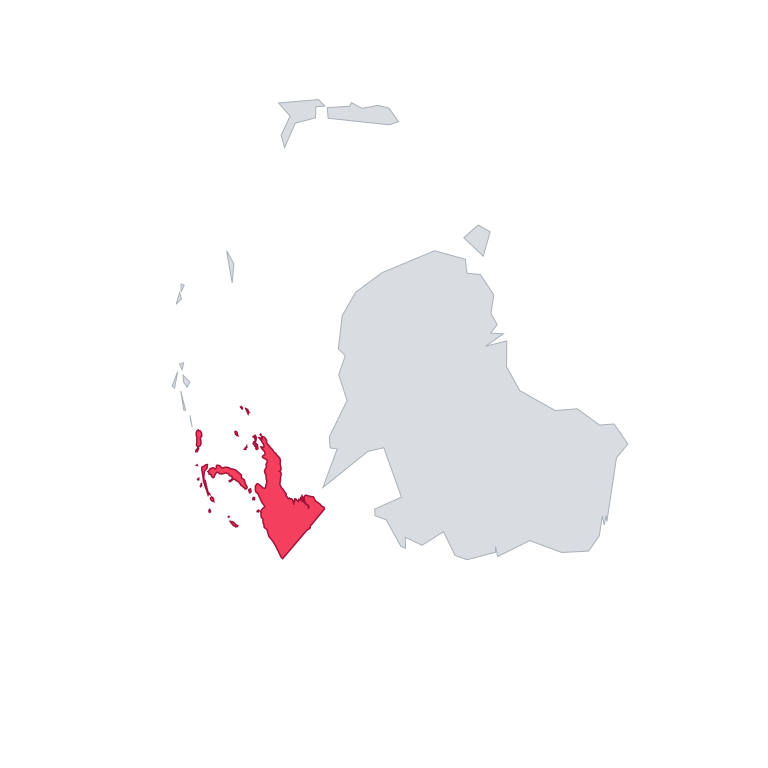 Oceania, with Papua New Guinea highlighted, rotated 221°
{"feature_id": "PNG", "entity_name": "Papua New Guinea", "entity_type": "country or territory", "adm_level": 0, "iso_a3": "PNG", "parent_name": "Oceania", "parent_adm1": "", "projection": "orthographic", "projection_center": [148.76, -6.492], "detail": "fine", "context": "in_parent", "style": "filled", "palette": "rose", "viewbox_px": 768, "rotation_deg": 221, "n_neighbors": 5, "source": "natural_earth", "source_scale": "50m", "svg_char_len": 7857}
<svg xmlns="http://www.w3.org/2000/svg" viewBox="0 0 768 768"><g transform="rotate(221 384 384)"><path d="M597.5,320.4L602.7,326.3L599.6,327.5L597.5,320.4ZM598.1,318.9L592.7,315.3L593.2,307.8L598.1,318.9Z" fill="#d9dde1" stroke="#a8b0b8" stroke-width="1"/><path d="M564.8,360.6L590.2,381.3L576.2,376.2L564.8,360.6Z" fill="#d9dde1" stroke="#a8b0b8" stroke-width="1"/><path d="M551.4,264.9L549.1,268.6L545.8,262.4L551.4,264.9ZM542.6,243.5L547.9,258.2L539.3,243.4L542.6,243.5ZM541.4,258.9L531.8,257.9L530.5,252.4L536.8,254.1L541.4,258.9ZM518.0,233.0L532.8,245.4L516.5,234.0L518.0,233.0ZM506.1,229.8L509.9,233.1L500.3,225.5L506.1,229.8Z" fill="#d9dde1" stroke="#a8b0b8" stroke-width="1"/><path d="M648.0,526.9L620.1,555.6L611.0,555.0L617.3,548.5L610.3,540.1L622.1,522.6L614.1,497.2L624.9,504.3L630.6,524.6L648.0,526.9ZM550.0,583.1L600.5,547.9L608.1,555.4L592.1,571.1L593.2,575.0L581.4,577.6L571.5,590.2L561.3,595.4L545.1,591.5L550.0,583.1Z" fill="#d9dde1" stroke="#a8b0b8" stroke-width="1"/><path d="M393.0,545.5L419.8,546.8L417.2,565.8L403.7,568.5L393.0,545.5ZM237.3,476.3L221.9,492.1L194.4,494.4L184.1,504.8L160.6,498.7L160.1,480.8L125.7,426.6L130.0,430.4L125.2,422.0L132.7,427.8L121.8,410.4L120.0,392.1L139.4,373.4L171.3,361.4L185.0,328.4L193.1,334.5L189.5,330.1L206.1,305.8L218.0,301.2L242.2,311.6L249.5,287.2L267.5,282.3L260.0,274.2L264.9,272.6L293.2,282.9L304.4,278.7L309.0,283.5L296.6,310.1L342.4,335.8L351.9,322.6L362.2,265.8L376.7,304.2L382.8,300.4L390.7,308.4L401.0,347.3L424.2,361.2L431.8,380.0L441.5,380.6L460.3,408.0L465.6,434.7L458.4,467.0L433.2,517.8L404.4,531.5L394.0,521.9L383.3,529.8L359.7,523.4L349.6,507.4L337.5,503.0L336.9,492.3L326.8,500.2L332.1,479.2L319.6,497.1L302.8,477.4L277.2,468.1L237.3,476.3Z" fill="#d9dde1" stroke="#a8b0b8" stroke-width="1"/><path d="M346.9,250.6L346.4,228.5L345.3,226.9L345.4,225.6L346.3,222.9L345.9,185.7L348.0,185.8L353.0,187.9L354.5,188.8L356.0,189.1L358.2,190.2L365.1,192.5L371.1,193.5L376.6,197.2L378.5,197.3L379.7,197.2L380.7,197.4L381.2,197.7L381.4,198.2L382.2,199.0L383.3,199.4L384.4,200.1L386.8,202.6L389.3,202.9L393.6,207.2L393.8,207.9L393.9,210.8L393.4,213.0L394.5,213.7L398.0,214.4L399.9,215.1L406.2,218.1L407.1,218.4L409.6,218.4L411.5,219.5L413.1,221.5L413.8,222.0L414.4,224.4L414.3,225.5L413.9,225.9L412.9,226.1L409.4,226.3L407.1,226.1L405.4,227.3L405.5,228.2L407.0,230.6L407.8,232.7L408.5,233.5L410.5,235.0L413.1,237.6L415.2,238.6L417.1,239.9L417.9,242.2L418.3,244.4L420.3,245.8L421.0,248.2L421.6,249.3L422.6,249.8L423.7,249.7L426.7,249.0L427.7,249.1L428.2,249.5L428.3,250.6L427.8,251.8L427.7,252.9L428.3,253.8L430.4,254.7L434.2,255.1L435.7,255.7L435.4,256.2L433.2,256.9L433.2,257.5L434.3,258.9L439.1,260.7L440.8,260.9L442.1,261.4L443.9,261.2L441.8,262.2L439.9,261.9L439.6,262.2L440.3,263.1L441.9,264.0L441.6,264.4L440.2,265.2L438.6,265.3L435.7,264.6L435.0,263.6L433.1,262.3L431.0,262.2L429.2,261.7L425.1,261.3L422.3,260.4L420.1,260.7L418.5,260.1L417.4,259.9L416.4,260.1L413.6,259.5L411.5,257.9L410.9,256.7L410.0,255.6L406.2,252.7L405.3,251.3L405.6,249.5L405.1,249.8L404.6,249.7L403.0,249.1L402.4,248.4L400.6,245.3L399.0,243.5L397.9,241.4L396.4,239.7L393.4,238.5L390.8,238.3L389.0,237.6L385.9,237.0L385.1,236.3L384.8,235.3L383.9,235.4L381.3,234.7L380.7,235.0L380.6,235.8L379.8,235.7L378.5,236.7L377.7,236.6L375.3,235.8L373.6,234.1L372.9,233.7L373.8,234.6L375.8,238.5L374.8,238.5L375.2,239.3L374.7,239.4L371.9,239.0L371.6,239.1L372.6,241.1L367.5,242.3L365.6,242.3L363.7,241.9L361.9,242.4L361.1,242.4L360.1,240.9L358.7,241.2L359.9,241.2L360.6,242.4L361.4,242.9L362.4,242.6L364.6,242.6L367.7,243.9L369.6,245.7L370.3,246.7L370.4,248.2L370.2,248.7L365.3,251.2L363.2,252.5L362.2,252.2L360.8,251.4L359.1,250.9L353.2,251.4L351.1,250.9L350.0,251.1L349.2,251.5L348.4,251.6L346.9,250.6ZM453.8,201.2L455.3,202.2L456.8,201.2L457.5,201.9L459.6,202.5L459.2,204.0L459.6,205.3L459.5,206.4L459.0,207.3L458.1,208.6L457.2,209.0L455.7,209.1L455.4,209.8L455.5,210.5L457.0,212.6L456.3,213.6L454.2,214.6L452.5,214.4L450.7,214.5L449.8,216.4L447.9,218.2L446.0,219.1L444.8,219.2L443.7,219.6L442.7,220.4L441.5,220.8L440.3,221.6L437.5,221.8L432.2,221.8L431.7,221.5L430.5,220.1L429.5,219.7L426.7,220.1L422.9,217.6L419.8,216.5L419.1,215.6L419.2,214.4L420.1,213.6L421.4,214.0L422.4,213.8L423.6,214.0L425.7,213.7L428.2,214.6L429.3,214.7L430.5,214.6L432.0,214.1L434.0,214.2L435.3,213.4L435.8,210.3L436.1,209.3L436.6,209.0L437.4,209.6L436.5,210.8L436.4,212.0L436.7,213.2L437.5,214.2L438.6,214.3L439.7,213.7L440.8,213.5L441.9,214.1L443.0,214.0L443.5,213.7L444.6,213.4L445.1,213.2L447.0,210.1L448.9,208.6L450.0,208.3L451.3,208.4L452.3,207.8L452.2,205.4L451.1,202.0L451.5,201.0L453.8,201.2ZM494.5,226.3L494.1,227.3L493.9,227.0L493.0,227.3L492.2,228.0L490.2,227.6L488.5,226.5L487.2,224.6L487.4,223.4L487.1,222.4L485.2,221.4L484.6,220.3L483.9,219.9L482.8,218.6L482.3,216.7L482.7,214.7L482.6,213.7L483.9,214.5L485.2,214.7L486.1,215.5L487.1,217.6L488.9,219.1L489.8,220.8L491.4,221.6L493.2,223.2L494.2,225.0L494.5,226.3ZM465.7,205.8L464.4,207.4L462.9,205.4L462.3,204.1L462.5,201.9L462.2,200.4L461.5,199.0L458.4,194.9L457.5,194.1L455.3,193.6L454.4,193.1L451.4,190.6L450.3,190.1L449.7,189.4L446.3,187.3L445.4,186.8L444.2,186.8L443.1,186.4L443.9,186.2L444.1,185.5L443.9,184.8L447.4,186.9L447.9,187.7L448.8,187.8L450.4,188.5L452.5,189.8L453.7,190.8L455.9,191.6L457.4,193.2L465.7,200.2L466.8,201.6L466.8,202.6L465.9,203.9L465.7,205.8ZM406.5,178.6L409.8,179.3L410.0,179.3L410.0,179.0L410.2,179.6L409.1,179.7L407.9,180.8L407.2,180.7L405.1,180.9L403.3,180.5L402.8,180.9L402.2,180.8L401.3,181.1L401.1,180.3L401.9,180.1L401.8,179.2L402.4,178.8L403.4,178.8L404.4,178.5L406.5,178.6ZM440.8,252.3L442.1,253.1L442.9,252.9L443.3,253.0L444.2,254.0L444.3,255.5L443.8,255.9L443.9,255.5L443.5,255.4L439.8,255.1L440.6,254.2L439.8,253.2L439.9,252.4L440.8,252.3ZM440.1,185.6L438.1,185.8L437.4,185.6L436.1,184.1L435.3,183.7L436.7,183.1L438.0,182.9L440.0,183.7L440.2,184.4L440.1,185.6ZM446.2,259.1L446.6,259.1L447.3,258.3L447.9,258.1L448.3,258.4L447.6,260.8L445.0,259.8L444.9,258.8L444.3,258.5L443.3,256.6L443.2,255.9L444.0,256.9L445.9,258.2L445.8,258.7L446.2,259.1ZM461.5,248.6L463.2,248.7L463.6,249.2L464.6,249.7L465.1,250.1L464.7,250.7L464.8,251.1L463.8,251.2L462.3,250.6L462.2,250.2L461.5,249.6L460.3,249.1L461.5,248.6ZM470.0,273.7L471.6,274.3L472.2,274.8L470.2,275.3L469.8,274.9L468.5,274.5L468.3,273.9L467.6,274.1L467.9,273.7L467.1,273.1L466.8,272.2L470.0,273.7ZM416.1,217.2L415.7,217.2L415.5,216.8L414.6,216.4L413.6,215.2L413.8,213.8L414.3,213.8L416.3,215.0L416.6,215.4L416.4,216.5L416.1,217.2ZM439.2,252.8L438.8,254.0L438.2,253.8L436.6,252.5L436.9,251.4L437.6,250.9L438.7,251.5L439.2,252.8ZM482.3,213.1L481.6,213.6L481.1,212.4L480.7,210.3L481.6,209.4L482.1,209.8L482.2,210.7L482.6,211.4L482.3,213.1ZM407.6,213.2L407.1,213.3L405.9,212.0L406.0,211.5L407.2,210.8L407.9,211.4L408.1,212.7L407.6,213.2ZM433.0,173.4L433.4,174.9L432.4,174.8L431.2,173.8L431.2,173.1L431.5,172.6L432.1,172.7L433.0,173.4ZM396.1,206.3L395.4,206.6L394.9,206.3L394.7,205.7L394.9,205.0L395.9,204.4L396.3,204.7L396.4,205.4L396.1,206.3ZM446.5,246.2L446.7,246.9L445.9,246.2L446.3,244.6L445.5,244.1L445.9,243.4L446.6,243.1L446.6,244.1L446.8,244.6L446.5,246.2ZM372.4,245.4L372.6,245.9L371.1,245.3L369.1,244.0L368.6,243.4L370.9,244.3L372.4,245.4ZM372.3,243.9L371.9,244.0L370.2,243.3L369.7,242.8L372.3,243.0L372.3,243.9ZM477.3,272.6L477.1,273.2L476.8,273.0L475.7,273.3L475.2,273.2L474.8,272.5L475.7,272.7L475.6,272.1L477.3,272.6ZM462.3,190.4L462.0,191.3L461.4,190.8L461.0,190.1L461.3,189.7L462.0,189.5L462.3,190.4ZM456.6,188.6L456.5,189.1L456.2,189.0L455.2,187.8L455.4,187.5L456.6,188.6ZM444.3,264.5L444.2,265.3L443.2,264.9L443.4,264.4L444.3,264.5ZM455.7,187.2L455.0,187.4L455.1,186.2L455.7,186.5L455.7,187.2ZM414.5,181.8L414.2,182.4L413.1,182.2L413.7,182.1L414.1,181.5L414.5,181.8ZM472.1,199.6L472.0,200.4L471.4,200.1L472.1,199.6Z" fill="#f43f5e" stroke="#9f1239" stroke-width="1.5"/></g></svg>